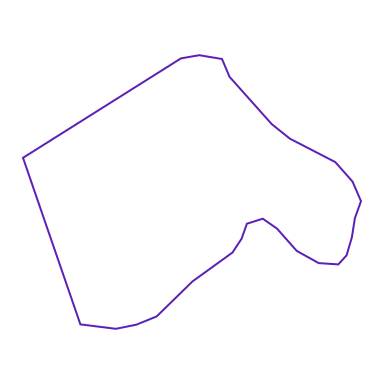 an SVG outline of Dobje
{"feature_id": "SVN-252", "entity_name": "Dobje", "entity_type": "Municipality", "adm_level": 1, "iso_a3": "SVN", "parent_name": "Slovenia", "parent_adm1": "", "projection": "robinson", "projection_center": [15.416, 46.13], "detail": "fine", "context": "isolated", "style": "outline", "palette": "violet", "viewbox_px": 384, "rotation_deg": 0, "n_neighbors": 0, "source": "natural_earth", "source_scale": "10m", "svg_char_len": 444}
<svg xmlns="http://www.w3.org/2000/svg" viewBox="0 0 384 384"><path d="M80.4,324.4L23.0,157.8L180.9,58.4L199.3,55.2L222.0,59.0L229.5,76.8L271.8,124.2L289.9,138.7L335.3,162.1L352.6,181.7L361.0,201.2L354.9,218.1L351.9,237.2L346.6,255.3L338.3,264.4L318.7,263.1L296.7,250.9L277.1,228.7L262.8,218.7L246.9,223.7L241.6,238.7L232.5,252.5L192.5,281.4L156.7,316.4L136.3,324.7L115.9,328.8L80.4,324.4Z" fill="none" stroke="#5b21b6" stroke-width="2"/></svg>